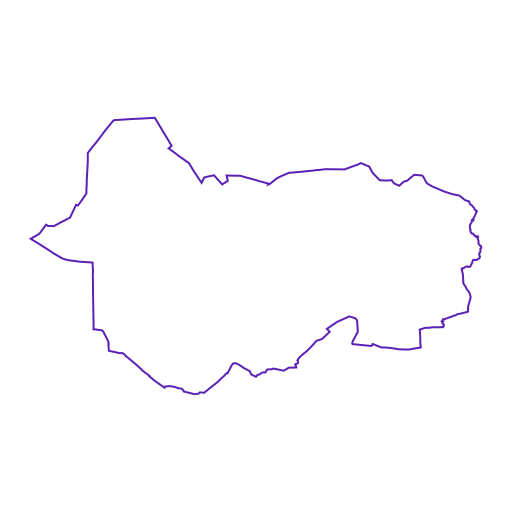 Dricānu pag., Rezeknes, Latvia
{"feature_id": "27541924B14059531944666", "entity_name": "Dricānu pag.", "entity_type": "district", "adm_level": 2, "iso_a3": "LVA", "parent_name": "Latvia", "parent_adm1": "Rezeknes", "projection": "orthographic", "projection_center": [27.228, 56.664], "detail": "fine", "context": "isolated", "style": "outline", "palette": "violet", "viewbox_px": 512, "rotation_deg": 0, "n_neighbors": 0, "source": "geoboundaries", "source_scale": "gbopen_adm2", "svg_char_len": 5940}
<svg xmlns="http://www.w3.org/2000/svg" viewBox="0 0 512 512"><path d="M414.2,174.8L409.9,178.3L408.2,179.9L407.7,180.2L407.0,180.8L406.2,180.9L403.7,181.7L399.2,185.8L397.9,185.1L395.6,184.2L393.5,182.8L391.7,180.2L387.6,180.5L385.2,180.5L379.7,180.2L372.6,172.8L369.3,166.7L368.5,166.3L368.2,166.0L366.4,165.4L361.0,163.1L359.2,163.9L356.5,165.2L355.6,165.3L348.3,168.0L344.7,169.4L325.7,169.2L324.3,169.3L318.6,170.0L315.4,170.1L314.9,170.4L305.5,171.3L303.8,171.6L299.4,171.9L295.4,172.3L288.9,172.8L281.7,175.9L277.4,178.0L276.9,178.3L270.4,183.5L269.5,184.1L268.1,184.6L268.5,183.6L258.3,180.9L257.3,180.5L252.4,179.1L246.6,177.6L240.8,175.9L238.3,175.7L235.1,175.7L226.6,175.5L227.8,180.9L222.3,184.3L222.2,184.4L214.0,175.3L207.7,176.6L204.9,177.3L204.2,177.5L201.6,182.9L194.1,171.6L188.9,163.1L179.0,156.1L174.2,152.4L168.6,148.4L171.6,145.9L168.3,140.2L165.9,136.2L163.6,132.4L163.1,131.5L162.5,130.6L155.5,118.9L154.8,117.8L142.4,118.5L128.8,119.2L114.6,120.1L113.8,120.3L113.2,120.8L112.1,122.0L109.5,125.4L108.3,126.5L108.1,126.9L107.7,127.4L103.8,132.3L102.2,134.6L96.3,142.3L92.5,146.9L91.8,147.8L87.8,153.0L87.8,161.2L86.7,181.3L86.8,184.0L86.5,187.2L86.4,193.4L82.3,199.5L78.0,205.5L76.1,204.8L70.1,217.5L63.6,221.0L60.5,222.5L57.3,224.3L54.4,225.8L53.6,226.1L47.9,225.9L46.1,224.7L40.2,232.7L39.2,233.9L30.7,238.8L40.8,245.0L41.8,245.7L47.2,249.1L54.0,253.6L62.3,258.4L67.1,260.0L70.2,260.4L79.6,261.7L90.6,262.4L92.6,262.6L92.7,267.5L92.9,269.3L93.0,271.2L92.8,276.0L92.9,279.3L93.0,288.6L93.1,298.4L93.4,313.6L93.6,328.2L93.4,329.2L101.9,330.3L103.3,331.6L107.6,340.0L108.5,342.1L108.6,344.4L108.4,344.4L108.9,350.8L109.1,350.9L113.3,351.7L118.7,353.0L122.9,353.2L123.5,353.8L124.9,354.8L125.4,355.5L125.7,356.0L125.8,355.9L137.7,365.9L140.3,368.3L141.1,369.2L142.5,370.6L144.4,372.1L149.4,375.8L149.2,376.2L154.0,380.2L156.1,381.8L164.4,387.6L164.6,386.8L164.7,386.7L165.0,386.6L166.1,386.4L169.8,386.1L171.9,386.4L174.8,387.0L176.8,387.6L178.0,388.1L178.5,388.1L178.8,388.3L181.5,388.6L182.2,389.1L182.8,389.7L183.3,390.5L183.8,391.1L183.7,391.5L194.7,394.2L198.4,393.7L199.7,392.4L200.2,392.4L202.7,392.6L204.2,392.8L205.7,391.5L210.7,387.4L217.5,382.1L221.7,378.0L223.9,376.1L226.2,373.5L226.3,373.4L227.7,373.3L227.8,372.5L228.3,371.8L230.6,367.4L231.7,365.2L233.0,363.7L233.2,363.8L233.8,363.4L234.2,363.2L234.5,363.2L236.2,363.4L238.1,364.3L240.0,365.4L242.2,366.8L243.5,367.8L244.1,368.1L245.2,368.8L247.0,369.7L248.0,370.2L249.6,371.0L250.1,371.7L250.1,372.3L250.5,372.8L251.1,374.1L251.5,374.6L252.0,374.9L252.3,375.1L253.0,375.3L253.7,375.7L254.5,376.0L255.0,376.2L255.9,376.8L256.4,376.4L256.7,376.0L256.9,375.5L257.2,375.1L257.7,374.8L257.9,374.8L259.4,374.5L260.2,374.1L260.7,373.6L261.2,373.2L262.2,372.6L262.5,372.5L264.1,372.4L265.4,372.5L265.5,372.2L267.2,369.5L270.2,369.3L271.6,369.2L272.1,369.2L272.9,368.7L274.3,368.7L283.7,370.7L288.5,367.9L288.6,367.7L296.3,367.5L296.3,367.0L295.6,365.3L295.2,364.3L297.0,363.6L297.6,363.2L297.9,363.0L298.1,362.5L298.1,362.0L298.1,361.6L298.0,361.4L297.8,360.8L297.4,360.4L298.3,358.8L299.5,357.4L301.4,355.5L307.5,350.5L313.8,343.9L316.2,341.0L322.0,339.0L329.7,331.8L326.9,328.9L334.4,323.7L335.0,323.4L335.7,322.8L336.9,322.0L342.7,319.4L345.3,318.2L348.2,316.9L349.2,316.4L355.1,318.2L356.3,319.3L357.0,320.4L357.1,320.9L357.2,322.7L357.6,327.8L357.7,332.1L354.7,337.6L352.5,341.7L352.5,341.9L352.3,343.7L352.4,344.0L352.5,344.1L371.4,346.0L371.6,345.9L372.4,344.5L372.6,344.0L378.0,346.1L381.2,347.4L385.2,347.5L391.6,348.1L399.1,349.3L408.5,349.6L414.6,348.5L420.8,347.5L420.4,344.2L420.3,341.7L420.3,338.8L420.1,334.2L420.1,333.7L419.7,329.6L425.2,327.8L429.5,327.8L431.8,327.3L432.7,327.3L442.9,327.2L443.0,326.9L443.6,326.5L443.5,326.3L443.6,325.9L443.5,325.5L443.6,325.4L443.8,325.3L443.8,325.0L443.8,324.7L443.4,324.4L443.3,324.1L443.2,323.6L442.9,323.4L442.7,323.3L442.8,323.2L442.7,323.0L442.7,322.8L442.5,322.6L442.3,322.2L442.0,321.7L441.9,321.3L442.3,321.2L442.1,321.1L442.3,321.0L442.5,320.6L442.8,319.9L442.8,319.7L442.9,319.4L443.1,319.4L443.2,319.2L443.9,319.4L454.2,315.6L455.6,315.3L457.8,314.0L459.9,313.8L467.9,311.7L468.0,310.8L468.1,307.3L468.3,305.9L469.3,302.2L470.3,298.8L470.5,297.8L470.6,296.7L470.0,294.8L469.4,292.6L467.8,290.5L466.6,288.9L465.7,286.9L463.4,283.5L462.9,274.5L461.6,268.8L461.7,268.7L461.9,268.8L462.4,269.0L462.6,268.8L462.9,268.2L463.2,268.0L463.5,268.0L464.0,267.8L464.5,267.6L465.3,267.0L466.6,266.5L467.1,266.4L468.0,266.7L468.9,267.0L469.7,266.8L470.1,266.6L470.6,265.9L470.9,265.4L472.1,262.8L472.5,261.7L472.7,260.7L473.2,260.0L473.8,259.8L475.6,260.1L477.0,259.7L478.1,258.9L479.1,258.3L479.5,257.9L479.8,257.4L479.9,256.4L479.8,256.0L479.4,255.4L479.2,254.9L479.2,254.2L479.4,253.2L479.7,252.8L480.1,252.5L480.2,252.0L480.4,251.3L480.3,249.3L480.3,249.1L480.8,248.5L481.0,248.2L480.9,248.1L481.2,247.4L481.3,247.1L481.2,246.7L481.0,246.4L481.0,246.2L480.6,246.0L480.4,246.0L480.1,245.7L479.9,245.3L478.8,244.1L478.5,243.7L478.4,243.3L478.5,242.0L478.6,241.5L478.1,239.6L477.7,238.9L477.6,238.4L477.7,237.8L478.0,237.5L478.1,236.9L478.1,236.6L477.8,236.3L477.5,236.2L477.1,236.3L476.6,236.7L476.2,236.9L475.9,236.8L475.7,236.6L475.5,236.0L475.3,235.7L475.0,235.6L474.7,235.6L474.3,235.5L473.6,234.4L473.5,234.0L473.1,233.7L472.9,233.6L472.6,233.5L471.9,233.6L470.8,232.5L470.3,230.1L470.2,229.2L470.3,229.2L470.1,228.6L470.0,227.5L469.9,226.8L469.9,225.9L470.1,224.8L470.6,224.0L471.3,222.8L471.6,222.3L472.1,221.5L472.9,220.6L473.2,220.3L472.0,220.0L473.9,217.8L476.9,211.1L476.8,210.9L476.6,211.0L475.9,210.9L475.2,210.0L474.7,209.2L474.3,208.4L474.1,208.1L472.3,205.9L471.9,205.5L471.3,205.2L470.9,204.7L470.5,204.4L470.1,203.9L469.6,203.5L469.5,203.3L469.5,202.7L469.1,201.4L467.8,201.0L466.4,200.6L465.0,200.1L464.6,199.8L459.4,195.6L452.2,194.1L444.1,191.5L434.5,187.4L432.4,186.6L431.8,186.2L426.8,183.2L423.1,176.4L422.1,175.5L414.2,174.8Z" fill="none" stroke="#5b21b6" stroke-width="2"/></svg>